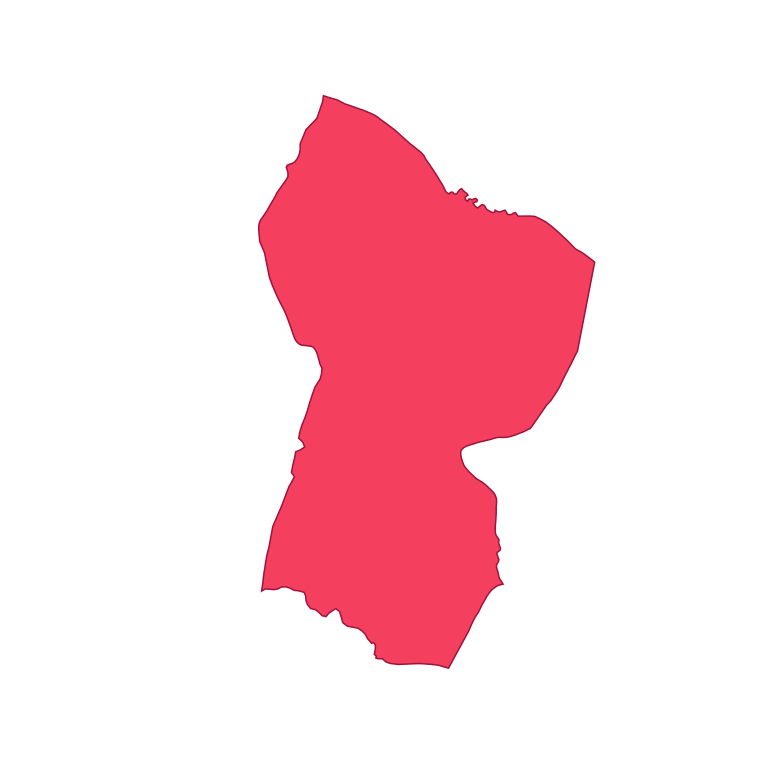 As Sawma'ah, Al Bayda', Yemen, rotated 134°
{"feature_id": "15242507B21871042325483", "entity_name": "As Sawma'ah", "entity_type": "district", "adm_level": 2, "iso_a3": "YEM", "parent_name": "Yemen", "parent_adm1": "Al Bayda'", "projection": "natural_earth1", "projection_center": [45.761, 14.177], "detail": "fine", "context": "isolated", "style": "filled", "palette": "rose", "viewbox_px": 768, "rotation_deg": 134, "n_neighbors": 0, "source": "geoboundaries", "source_scale": "gbopen_adm2", "svg_char_len": 6123}
<svg xmlns="http://www.w3.org/2000/svg" viewBox="0 0 768 768"><g transform="rotate(134 384 384)"><path d="M150.0,317.1L150.5,322.5L151.2,327.8L151.5,330.8L152.0,333.1L152.5,335.3L153.2,337.6L153.7,339.8L153.8,342.0L153.7,344.7L153.6,347.4L153.5,350.4L153.5,355.2L153.6,357.6L153.6,362.4L153.9,368.2L154.0,370.8L154.2,373.4L154.9,378.8L155.3,380.7L155.1,380.7L155.2,381.0L156.7,386.4L158.7,392.0L162.1,396.0L170.1,404.1L169.8,406.3L169.7,406.5L169.5,408.0L169.4,408.5L171.5,409.8L172.5,409.6L174.8,411.0L176.1,413.2L175.3,415.4L174.9,417.2L175.0,417.8L179.1,419.8L180.2,420.5L181.5,423.5L181.7,424.8L183.6,423.8L185.1,424.8L185.9,426.7L187.1,431.4L186.5,433.4L185.8,435.8L186.6,437.9L187.5,438.2L188.0,438.4L188.4,438.4L192.2,438.9L192.4,439.0L192.8,441.2L192.5,443.4L192.4,443.9L192.3,445.3L192.1,445.3L192.1,445.5L190.1,445.1L189.6,444.7L188.5,443.9L186.8,444.6L186.7,446.8L188.5,448.0L190.3,448.6L190.4,448.8L191.0,450.6L191.9,451.2L192.6,451.6L194.3,450.7L194.5,451.7L194.9,453.4L194.2,454.1L193.6,455.2L191.7,455.2L191.1,455.0L190.9,455.0L190.7,454.9L189.8,454.7L189.4,456.9L189.7,459.2L189.7,460.0L189.9,460.8L189.8,461.1L189.9,461.5L189.5,463.7L191.3,464.5L192.0,464.5L194.3,464.3L195.5,464.0L197.1,464.0L197.3,464.1L197.7,464.6L198.6,465.6L198.3,467.8L199.2,468.8L199.9,469.3L200.9,469.3L201.9,469.2L202.7,471.4L202.5,473.3L202.4,473.8L201.6,476.1L200.7,478.4L200.1,480.3L199.3,483.5L196.9,492.8L196.5,494.7L195.9,497.1L195.3,499.9L195.2,500.4L195.2,500.8L195.0,501.9L194.8,502.5L194.3,504.7L193.9,506.9L193.4,509.5L192.9,511.5L192.0,513.7L191.8,516.0L191.7,518.4L192.0,521.5L192.2,523.7L192.6,528.4L192.9,531.1L193.1,533.5L193.3,538.2L193.3,540.5L193.5,543.1L193.5,545.4L193.7,550.3L193.8,552.6L194.1,555.3L194.7,560.3L195.0,562.4L195.3,564.9L196.1,570.3L196.3,572.8L196.6,575.0L197.1,577.2L197.9,579.7L198.7,582.1L199.6,584.4L200.6,587.0L201.3,588.7L201.5,589.1L202.6,591.4L204.5,595.6L205.6,598.0L206.5,600.0L207.5,602.2L208.7,604.8L209.8,606.9L210.3,609.0L211.0,611.2L211.6,613.4L212.4,615.6L213.4,617.5L214.5,619.4L216.7,623.7L217.7,625.9L218.7,627.8L223.7,624.2L239.5,616.8L240.4,616.8L255.1,616.8L269.4,611.2L274.0,606.8L277.7,604.5L282.1,602.9L286.6,602.5L289.3,603.4L291.8,604.8L293.9,605.2L293.9,605.5L296.1,604.8L296.2,604.3L298.7,599.9L301.5,597.2L305.2,596.2L318.0,594.3L320.8,593.9L321.9,593.5L324.0,592.8L326.0,592.3L328.2,591.7L330.3,591.2L332.2,590.8L334.6,590.2L338.6,589.1L340.6,588.6L344.4,587.9L349.1,587.0L351.3,586.8L353.2,586.2L355.5,585.1L357.3,583.9L358.9,582.4L360.4,580.9L361.8,579.3L367.8,572.4L372.6,561.1L385.7,542.2L387.0,540.2L388.2,537.8L390.3,533.5L391.3,531.2L392.2,529.1L393.2,526.7L394.2,524.3L395.9,519.8L396.8,517.5L397.7,514.9L399.1,510.5L400.0,508.0L401.8,503.5L402.9,500.9L405.0,496.6L406.2,494.1L407.4,491.6L409.5,487.5L410.7,485.3L411.8,483.0L412.8,481.0L413.7,478.8L414.2,476.6L414.3,474.4L414.1,472.2L413.1,470.0L411.7,468.2L410.4,466.6L409.1,464.7L407.5,462.6L406.7,460.5L406.9,458.3L407.4,456.2L408.2,454.1L409.3,452.0L410.4,450.1L411.7,447.9L412.8,446.0L413.9,444.6L414.2,443.6L415.2,441.1L415.7,439.6L420.3,435.9L424.7,433.5L434.1,431.5L435.9,430.7L438.5,429.5L440.4,428.7L444.5,426.7L447.4,425.3L449.9,424.1L453.7,422.0L456.3,420.7L458.5,419.6L460.5,418.7L462.9,417.6L464.8,416.8L468.9,415.2L470.7,414.4L472.6,413.5L474.6,412.5L476.3,411.5L478.2,410.4L480.3,409.0L482.3,407.7L482.2,402.2L484.4,397.3L489.9,398.5L494.0,400.4L496.2,399.0L498.6,397.4L500.6,396.2L502.9,394.9L504.9,393.7L506.6,392.6L510.5,390.1L512.1,388.9L512.7,384.2L515.5,383.3L522.6,381.3L523.6,381.2L542.9,372.9L563.8,365.0L581.6,353.2L583.4,352.2L585.7,351.0L587.5,349.9L589.9,348.4L595.6,344.5L597.3,343.3L599.0,342.0L601.0,340.6L602.8,339.5L604.7,338.0L606.7,336.6L610.8,333.3L612.8,331.9L618.0,328.2L614.1,327.1L611.3,324.1L608.6,320.5L605.1,318.0L601.2,316.7L598.0,313.6L596.1,309.7L594.9,305.3L592.3,302.1L589.4,296.8L591.0,292.8L594.0,289.7L595.9,285.4L596.5,280.8L594.1,276.9L593.5,272.1L593.7,267.6L591.5,264.1L587.1,264.5L579.1,262.7L578.5,258.0L582.1,251.6L584.3,248.0L583.7,242.2L577.9,233.3L576.9,228.6L577.1,223.3L578.6,218.9L579.2,212.8L577.7,212.2L577.2,210.8L578.2,208.4L581.0,205.9L585.2,203.2L585.2,200.5L586.8,199.4L585.7,197.4L582.8,194.2L582.7,191.9L582.5,189.4L580.8,185.5L578.4,182.4L575.9,179.0L572.4,175.7L566.0,169.6L562.8,166.6L559.5,163.2L556.6,159.7L553.7,156.3L551.0,152.8L548.6,149.6L543.6,140.2L502.4,151.6L500.4,152.4L498.2,153.3L496.1,154.0L494.1,154.7L492.3,155.4L490.3,155.9L488.0,156.5L486.0,156.9L484.1,157.3L482.2,157.6L474.4,160.2L472.4,160.7L467.7,161.8L465.9,162.4L463.9,162.7L461.3,163.2L459.1,163.4L457.1,163.5L454.9,163.2L452.6,162.8L450.2,162.2L448.2,161.2L445.2,159.3L444.9,160.6L444.3,162.9L443.8,165.3L443.0,167.3L441.6,169.1L440.4,170.9L439.3,173.0L438.2,174.9L436.7,176.8L434.9,177.7L432.7,178.2L430.6,179.2L429.6,181.2L428.6,183.2L427.3,185.4L425.2,185.5L423.3,185.0L421.5,185.7L420.3,187.9L419.2,190.4L417.8,191.9L416.1,193.1L415.6,195.5L415.1,197.8L414.2,199.8L412.9,201.4L412.1,202.3L411.4,202.9L409.4,204.8L405.7,207.8L403.8,209.4L401.9,211.1L400.2,212.5L396.9,215.5L395.1,217.4L393.5,218.7L391.8,220.1L390.0,221.7L388.4,223.4L387.4,225.3L386.3,227.9L385.9,230.7L385.9,240.4L386.1,242.7L386.4,245.1L386.9,247.3L387.4,249.5L387.9,251.8L388.0,254.1L388.0,256.5L388.1,259.0L388.1,261.5L387.9,263.7L387.7,266.3L387.4,268.6L386.7,270.7L385.6,273.0L384.5,275.2L383.0,277.7L381.6,279.5L380.1,281.2L378.4,282.3L376.4,282.6L374.3,282.4L372.5,281.9L370.6,281.1L368.9,280.2L366.7,279.0L364.9,278.0L363.1,277.1L359.4,275.0L357.2,273.6L355.1,272.2L353.2,271.0L351.5,269.9L349.6,268.7L347.5,267.6L345.4,266.4L343.3,265.0L341.6,263.3L340.1,261.6L338.4,259.9L336.3,258.2L334.1,256.7L331.8,255.4L329.6,254.2L327.6,253.3L325.8,252.5L323.9,251.6L321.5,250.5L318.8,249.5L316.7,248.9L314.8,248.0L312.8,248.0L286.0,252.4L284.5,252.3L282.1,252.4L280.0,252.5L277.8,252.9L275.7,253.3L273.7,253.6L269.2,254.5L264.3,255.7L262.2,256.3L259.8,257.2L257.4,257.9L255.6,258.6L253.6,259.2L250.9,260.1L248.9,260.6L244.1,262.1L240.2,263.2L237.7,264.0L232.5,265.7L230.5,266.4L228.0,267.1L225.9,267.7L150.0,317.1Z" fill="#f43f5e" stroke="#9f1239" stroke-width="1.5"/></g></svg>